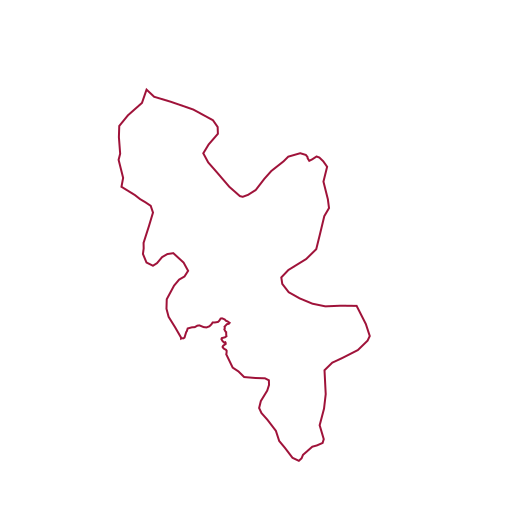 outline of Diema, Kayes, Mali, rotated 60°
{"feature_id": "8926073B21360544825560", "entity_name": "Diema", "entity_type": "district", "adm_level": 2, "iso_a3": "MLI", "parent_name": "Mali", "parent_adm1": "Kayes", "projection": "orthographic", "projection_center": [-9.076, 14.667], "detail": "fine", "context": "isolated", "style": "outline", "palette": "rose", "viewbox_px": 512, "rotation_deg": 60, "n_neighbors": 0, "source": "geoboundaries", "source_scale": "gbopen_adm2", "svg_char_len": 2196}
<svg xmlns="http://www.w3.org/2000/svg" viewBox="0 0 512 512"><g transform="rotate(60 256 256)"><path d="M128.8,337.9L142.7,330.4L148.9,327.9L154.2,324.9L159.9,322.1L166.9,323.5L176.7,333.9L188.4,346.8L193.3,349.5L197.7,352.9L206.9,354.1L212.9,350.1L212.7,345.3L210.0,337.9L210.0,331.8L212.2,326.2L216.6,324.8L225.5,322.0L234.9,322.2L238.0,328.2L238.0,334.4L240.7,341.8L248.8,354.9L256.9,359.9L265.0,362.1L277.4,361.7L288.9,361.7L290.1,362.2L290.1,361.5L291.0,360.0L290.9,358.7L286.9,354.4L286.6,353.6L284.6,351.4L285.7,347.2L287.0,344.6L287.0,341.6L287.8,339.7L291.4,336.9L293.1,334.6L293.6,331.5L292.9,328.8L291.9,326.8L293.1,324.6L294.1,321.9L293.7,320.2L292.5,317.9L293.0,316.6L294.1,315.7L295.4,314.8L297.1,314.4L298.3,313.4L300.7,312.3L301.1,313.5L300.5,315.2L301.5,318.6L302.8,319.0L303.7,320.1L306.2,320.2L307.0,319.9L308.8,320.9L309.6,321.3L310.7,321.7L310.9,323.5L310.0,326.7L310.7,327.5L313.0,327.5L315.0,326.9L315.1,326.7L315.3,325.7L315.9,325.7L317.0,326.2L317.3,329.3L318.0,330.4L318.6,330.5L320.2,330.1L320.7,329.9L321.4,329.4L322.2,328.9L323.4,328.8L325.4,330.1L326.2,330.9L341.0,332.0L347.2,328.9L354.9,326.8L361.3,317.6L366.4,309.4L370.1,307.0L374.2,309.2L378.2,313.6L384.0,324.3L389.2,329.3L394.8,329.8L403.5,328.0L417.4,326.2L427.8,328.4L436.5,326.9L449.0,325.3L454.8,321.3L454.0,317.7L451.7,314.7L449.3,302.6L450.5,298.0L451.2,291.8L448.5,288.9L434.4,285.5L422.2,273.4L410.5,264.7L389.2,253.8L386.5,243.3L387.5,231.9L388.4,214.8L385.1,201.7L382.2,197.5L369.9,194.9L349.5,193.8L341.4,207.5L334.3,221.1L325.5,231.0L314.5,239.4L303.7,245.8L293.3,247.2L287.2,244.8L284.3,234.9L283.7,214.0L280.2,200.4L269.6,190.2L255.6,176.9L251.0,168.8L242.8,165.4L225.3,160.4L214.3,149.8L207.6,150.4L202.4,151.9L200.1,153.8L200.4,159.2L200.2,162.3L197.2,162.4L196.0,161.9L193.4,162.3L189.1,166.3L186.1,178.4L187.8,184.8L190.0,200.1L193.3,210.1L198.7,223.2L199.0,230.8L199.1,232.1L198.1,237.9L196.1,240.0L182.8,244.5L163.6,248.1L151.1,250.6L140.7,250.3L135.7,241.2L131.1,227.9L125.1,224.7L116.9,225.4L97.8,237.1L79.8,252.7L67.2,264.6L57.2,267.6L66.4,278.2L70.1,296.5L75.0,309.4L84.5,315.3L99.5,322.5L104.0,326.9L121.9,332.0L128.8,337.9Z" fill="none" stroke="#9f1239" stroke-width="2"/></g></svg>